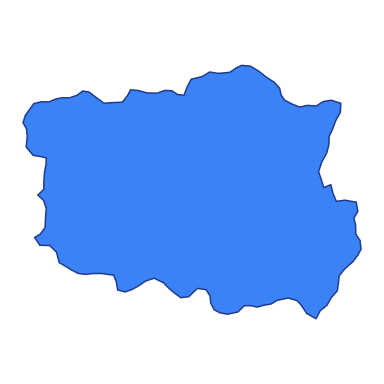 Senador Amaral, Minas Gerais, Brazil
{"feature_id": "56859067B51175740111103", "entity_name": "Senador Amaral", "entity_type": "district", "adm_level": 2, "iso_a3": "BRA", "parent_name": "Brazil", "parent_adm1": "Minas Gerais", "projection": "mercator", "projection_center": [-46.219, -22.558], "detail": "fine", "context": "isolated", "style": "filled", "palette": "blue", "viewbox_px": 384, "rotation_deg": 0, "n_neighbors": 0, "source": "geoboundaries", "source_scale": "gbopen_adm2", "svg_char_len": 1717}
<svg xmlns="http://www.w3.org/2000/svg" viewBox="0 0 384 384"><path d="M61.5,97.8L55.5,99.1L49.3,101.8L41.3,101.8L33.9,103.6L29.0,110.2L25.3,115.5L23.0,122.7L26.5,128.9L27.2,136.4L26.2,147.1L33.2,155.4L40.3,156.5L46.2,157.9L46.1,164.5L44.6,171.4L43.9,180.5L43.8,189.3L37.8,195.1L43.6,200.4L46.2,208.4L45.5,218.1L45.1,227.5L40.3,234.0L34.6,237.5L39.9,245.3L49.7,245.5L56.5,252.2L59.2,262.6L66.4,266.8L71.9,270.2L77.9,273.3L85.0,274.4L93.3,273.5L101.8,273.5L107.8,274.4L113.7,275.2L116.2,281.5L117.7,290.0L125.1,291.9L131.6,289.7L138.6,285.9L145.5,281.1L154.0,278.2L163.6,282.8L169.3,288.7L174.3,292.9L180.8,297.7L188.8,296.7L197.4,288.4L206.2,289.7L210.0,296.0L210.7,302.9L214.1,309.7L219.6,312.7L227.4,314.2L237.9,312.0L244.4,305.7L251.2,305.7L257.2,307.1L263.7,305.3L271.1,304.0L276.8,300.5L288.1,298.0L297.1,300.6L301.6,305.7L306.7,313.5L316.0,318.6L320.3,310.6L326.9,305.3L331.5,297.3L337.3,290.8L338.5,282.4L339.2,275.8L344.7,268.9L352.7,261.9L357.5,255.7L361.0,249.3L360.1,240.6L355.8,234.1L355.6,225.1L353.9,218.1L357.8,211.4L356.2,202.1L344.9,200.2L336.3,201.3L333.0,193.3L330.8,184.7L323.8,187.5L321.5,180.2L318.6,171.5L321.8,162.0L326.7,153.1L328.9,144.7L329.2,136.3L332.4,129.6L335.7,120.7L340.4,112.3L340.8,103.3L331.2,100.2L323.1,101.6L316.3,106.0L307.4,105.4L299.6,107.1L291.8,103.9L284.5,100.1L281.0,94.6L279.7,88.3L274.3,82.3L266.6,77.4L258.8,71.2L250.4,66.1L241.5,65.4L235.8,68.1L229.9,72.3L218.4,73.4L209.7,72.0L202.3,76.5L191.1,79.3L187.2,86.9L184.0,95.2L177.8,94.6L171.8,90.7L165.0,90.4L157.0,93.2L147.0,92.9L137.7,90.4L130.6,89.8L127.5,95.6L122.3,102.2L112.7,102.6L103.9,103.2L95.7,97.1L89.1,92.1L82.8,91.0L77.0,95.3L69.6,97.8L61.5,97.8Z" fill="#3b82f6" stroke="#1e3a8a" stroke-width="1.5"/></svg>